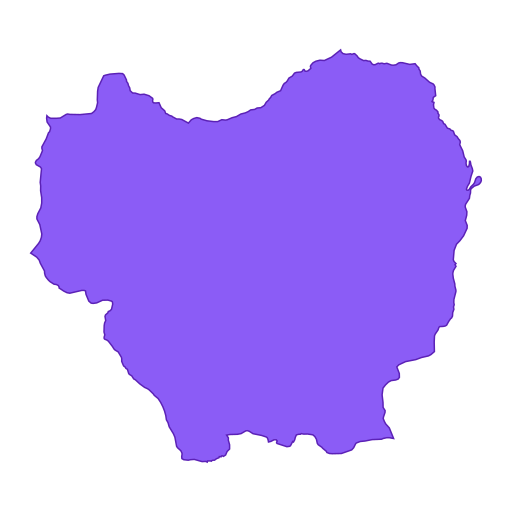 Mutiscua, Norte de Santander, Colombia
{"feature_id": "7082276B67639044969087", "entity_name": "Mutiscua", "entity_type": "district", "adm_level": 2, "iso_a3": "COL", "parent_name": "Colombia", "parent_adm1": "Norte de Santander", "projection": "albers", "projection_center": [-72.759, 7.314], "detail": "fine", "context": "isolated", "style": "filled", "palette": "violet", "viewbox_px": 512, "rotation_deg": 0, "n_neighbors": 0, "source": "geoboundaries", "source_scale": "gbopen_adm2", "svg_char_len": 5957}
<svg xmlns="http://www.w3.org/2000/svg" viewBox="0 0 512 512"><path d="M467.1,228.3L467.2,225.4L465.3,220.6L466.7,215.3L466.9,211.7L465.2,207.0L465.3,205.3L465.7,204.1L469.4,198.4L469.8,195.3L470.5,193.0L470.6,190.1L471.1,188.7L474.3,186.1L478.2,184.7L479.4,183.9L480.6,182.4L481.3,180.7L481.2,178.7L480.5,177.2L479.6,176.7L479.0,176.5L477.3,177.0L475.8,178.8L474.6,182.5L473.5,184.2L470.9,186.7L469.2,189.4L468.2,190.2L467.0,190.2L466.5,189.5L466.5,188.9L467.5,186.2L469.4,183.1L471.0,176.4L472.8,171.0L472.3,168.5L470.9,164.9L470.4,161.9L470.0,161.2L469.5,161.3L469.4,163.9L468.8,166.3L467.9,167.0L467.4,166.9L466.4,165.5L466.0,163.1L466.3,161.1L466.0,159.8L464.2,157.0L462.7,150.8L459.7,144.7L460.3,142.1L459.9,140.5L458.3,138.7L457.1,136.7L454.6,134.8L453.4,131.3L452.6,130.7L451.1,130.3L449.8,128.9L447.4,128.2L445.0,124.3L443.6,123.6L442.7,121.4L441.6,120.5L439.8,119.7L438.6,118.4L438.5,117.0L439.0,116.1L439.0,114.8L437.9,113.2L438.0,112.0L436.5,110.2L434.7,109.1L433.9,108.0L433.5,104.8L434.0,102.4L433.2,102.0L432.3,101.9L432.0,101.5L432.9,100.1L433.3,97.4L435.7,95.7L434.9,88.3L435.0,87.0L434.0,84.9L433.1,83.9L429.6,82.3L424.8,78.0L421.7,76.1L420.6,74.2L420.2,71.0L419.0,69.2L418.8,67.8L416.6,65.6L415.1,63.7L409.7,64.4L402.5,62.7L400.2,62.6L398.6,63.0L396.0,64.8L393.3,65.2L391.6,65.1L386.9,63.3L384.1,63.8L382.1,63.2L381.0,63.2L379.7,63.7L378.7,63.2L377.9,63.3L375.1,64.7L373.4,64.7L372.1,64.0L370.1,61.2L368.1,61.1L365.9,60.4L363.6,60.6L359.9,58.8L358.3,57.7L357.0,55.8L354.7,53.7L353.9,53.6L351.8,54.4L350.7,53.8L346.1,54.3L343.0,53.6L341.1,51.8L340.6,49.9L331.5,57.2L329.3,58.2L324.4,60.5L319.9,60.2L315.9,61.2L313.1,62.7L311.2,64.8L310.4,66.2L310.8,68.4L307.9,70.9L306.4,71.3L305.1,71.2L304.2,69.6L303.9,69.5L303.3,69.6L302.2,71.3L300.9,72.0L296.3,72.4L294.5,73.1L292.3,76.1L288.9,78.1L287.3,80.9L286.0,82.4L284.3,83.4L283.1,85.1L280.6,90.7L276.8,92.3L275.2,93.6L271.7,95.5L270.6,97.5L269.3,98.8L268.7,100.0L266.2,102.3L264.4,105.4L260.8,107.7L257.1,108.0L254.7,109.4L250.7,109.9L248.2,111.6L245.3,112.9L240.9,114.0L236.4,116.6L232.1,117.7L227.2,119.8L225.5,120.1L221.8,119.7L217.7,121.6L213.7,121.6L207.0,120.8L201.3,119.2L200.0,118.3L196.8,117.6L193.7,118.5L191.3,119.8L188.4,123.1L181.8,119.5L179.1,119.0L176.6,119.0L172.4,116.7L171.8,116.1L169.4,115.4L167.2,113.9L165.7,113.5L164.7,110.8L161.2,107.7L159.0,102.7L155.8,103.0L153.5,102.8L152.8,102.0L152.6,100.6L152.9,99.1L152.5,98.2L149.0,95.7L144.1,94.2L140.1,94.6L135.2,93.1L132.6,93.0L130.2,90.7L129.7,87.8L128.6,85.9L127.9,83.3L126.5,81.3L126.5,80.0L124.1,75.0L122.6,73.6L118.9,73.4L110.0,74.1L105.3,75.2L103.7,75.8L98.2,87.4L97.6,91.2L97.3,99.9L97.6,102.7L96.5,107.3L95.7,109.6L93.9,111.7L91.5,113.5L80.1,114.6L69.9,114.4L67.6,114.0L66.2,114.4L60.3,118.0L56.3,118.3L50.7,118.3L48.3,117.1L46.9,115.7L46.6,118.2L47.1,122.0L50.5,127.0L50.5,128.8L49.6,131.7L48.5,132.8L46.2,138.9L41.9,146.8L41.9,148.4L42.5,150.6L40.0,156.7L38.6,158.7L36.4,160.4L35.4,162.3L35.5,163.2L36.3,164.7L40.4,167.0L41.5,168.7L40.2,182.4L40.7,185.9L40.6,190.7L41.7,197.7L41.7,203.1L40.8,207.9L37.8,213.7L36.9,216.6L36.9,218.9L39.8,224.6L41.8,234.0L41.4,237.3L40.2,240.8L38.6,243.4L30.7,253.1L36.7,257.1L39.2,260.1L40.3,263.2L44.5,271.0L44.6,273.2L45.3,275.9L46.3,277.5L48.5,280.2L50.1,281.7L54.0,284.2L56.3,284.5L58.3,285.5L59.1,287.1L59.1,288.0L63.8,291.1L67.0,292.7L69.8,293.2L81.8,290.4L84.1,290.4L85.5,290.9L86.0,294.3L88.8,301.1L91.1,303.1L93.1,303.4L96.7,302.9L102.6,300.2L107.9,300.1L111.7,301.2L112.4,301.9L112.7,304.1L111.5,309.3L110.0,310.8L108.3,311.5L107.8,312.9L105.5,314.9L105.0,316.4L105.7,320.6L104.6,323.0L104.2,325.5L104.0,332.0L104.8,334.9L104.1,337.2L104.2,338.6L104.9,339.3L106.6,339.9L108.3,341.1L112.3,346.3L114.0,349.0L115.0,350.0L118.2,351.9L121.4,357.3L121.7,358.6L121.7,361.4L123.2,365.0L123.7,366.0L125.3,367.2L125.9,368.4L127.4,369.3L128.7,373.5L129.3,374.3L131.8,375.9L133.7,378.9L135.4,379.8L139.7,383.8L144.6,387.4L147.5,388.7L149.1,389.8L153.3,393.9L154.3,395.4L158.1,398.5L160.6,402.3L162.8,406.6L164.5,410.9L165.8,415.6L166.4,419.8L168.0,422.6L169.2,426.8L173.4,433.7L174.9,437.2L176.6,446.3L177.5,447.7L180.8,450.7L181.8,452.7L182.1,453.9L181.7,456.6L181.9,458.6L183.7,459.7L188.3,460.2L190.5,459.7L194.3,459.4L202.1,461.6L205.6,461.4L207.2,462.1L207.4,461.0L210.3,460.9L211.3,461.2L211.8,460.6L213.1,460.2L214.5,460.2L216.5,458.7L219.0,457.7L219.3,456.6L221.1,456.8L221.4,456.0L222.4,455.8L223.4,456.4L225.6,455.0L227.1,451.5L229.6,449.0L229.6,444.8L228.3,440.1L228.4,437.9L226.6,435.1L229.9,434.5L237.4,434.3L241.1,433.6L245.9,430.8L247.6,430.7L249.3,431.3L253.0,433.7L261.5,435.4L266.3,437.0L267.2,437.6L268.0,439.5L268.5,442.0L270.9,441.4L274.0,439.8L276.3,439.8L277.2,441.0L276.6,442.2L276.6,442.9L277.1,443.5L286.9,446.7L289.7,446.3L290.5,445.7L292.7,441.5L293.5,442.0L294.7,439.8L295.3,437.4L296.4,434.9L298.5,434.3L300.6,434.2L301.2,433.6L303.7,434.1L307.5,434.0L312.8,434.8L314.8,436.5L316.4,439.2L317.3,443.3L318.2,444.7L321.9,447.3L322.6,448.2L326.3,451.3L326.9,452.5L329.5,453.5L332.3,453.7L341.4,453.5L351.7,449.9L353.7,447.7L355.5,444.0L356.3,443.0L360.2,441.5L365.1,441.0L372.2,439.6L381.6,439.2L383.1,438.5L386.7,437.7L389.3,437.7L393.6,438.5L389.3,427.9L385.7,423.9L384.4,421.5L383.2,418.5L383.5,416.9L385.0,412.5L385.1,410.6L383.1,407.4L383.0,402.5L382.1,394.8L383.0,388.1L385.5,384.9L388.4,382.1L391.1,380.6L395.6,380.0L398.1,379.1L399.4,377.4L399.3,373.5L396.8,366.9L398.8,364.8L405.6,361.6L415.8,359.6L421.5,357.5L428.5,355.9L430.9,354.6L434.4,351.6L434.2,342.0L434.5,335.8L435.2,334.1L438.0,330.0L438.9,327.4L439.6,326.6L443.3,326.4L445.2,326.0L446.6,325.2L448.6,321.6L450.5,318.8L451.6,317.9L452.5,316.1L452.7,312.6L453.9,309.3L453.5,306.9L454.2,304.8L453.8,302.5L453.9,299.5L455.9,291.6L455.9,290.1L454.9,286.1L454.8,283.9L453.3,278.2L452.8,274.1L452.9,272.8L453.5,270.4L456.0,266.3L455.0,264.7L456.0,263.6L454.0,261.5L453.3,259.7L454.1,250.4L456.5,244.2L459.9,240.7L463.6,235.8L467.1,228.3Z" fill="#8b5cf6" stroke="#5b21b6" stroke-width="1.5"/></svg>